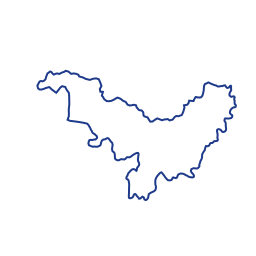 Brest, Brest, Belarus, rotated 105°
{"feature_id": "67162791B30498032594927", "entity_name": "Brest", "entity_type": "district", "adm_level": 2, "iso_a3": "BLR", "parent_name": "Belarus", "parent_adm1": "Brest", "projection": "robinson", "projection_center": [23.755, 51.901], "detail": "fine", "context": "isolated", "style": "outline", "palette": "blue", "viewbox_px": 256, "rotation_deg": 105, "n_neighbors": 0, "source": "geoboundaries", "source_scale": "gbopen_adm2", "svg_char_len": 5764}
<svg xmlns="http://www.w3.org/2000/svg" viewBox="0 0 256 256"><g transform="rotate(105 128 128)"><path d="M193.4,99.0L193.0,98.0L192.4,97.5L191.4,96.9L190.6,96.3L190.8,95.4L191.1,94.7L191.8,94.3L192.8,93.6L193.0,92.4L192.7,91.7L191.9,91.1L190.6,90.6L189.9,90.5L188.1,90.7L186.5,90.8L185.6,90.1L184.8,89.4L184.3,88.8L183.4,87.8L183.0,87.2L182.0,86.3L181.1,85.6L180.2,85.5L179.1,85.5L177.4,85.8L175.5,86.9L174.1,87.4L172.5,87.8L171.2,88.1L168.9,87.9L167.1,87.4L165.4,86.6L163.9,85.9L162.9,85.2L162.2,84.3L162.7,83.3L163.4,82.5L164.0,81.6L164.7,80.7L165.5,79.8L166.4,78.7L167.2,77.5L168.0,76.1L168.0,75.2L167.8,74.2L167.3,73.0L166.6,72.4L165.5,72.0L164.4,72.0L164.0,71.4L164.1,70.7L164.0,69.7L164.0,68.7L163.3,68.0L162.6,67.8L161.0,67.7L159.7,67.2L159.0,66.3L158.3,65.3L158.0,63.7L158.0,62.4L158.1,61.4L158.6,60.2L158.6,59.0L159.0,57.9L159.3,57.0L159.4,55.6L159.4,54.9L159.2,53.9L159.2,53.3L158.6,52.2L158.1,51.8L157.4,51.8L156.6,52.2L155.7,53.2L155.2,54.0L154.8,54.6L153.9,55.7L153.2,56.2L151.3,56.1L150.4,55.0L149.8,54.1L149.7,53.2L149.6,52.6L149.5,51.8L149.2,50.9L148.9,50.4L147.7,49.5L146.6,49.1L145.5,49.6L143.9,49.5L142.9,49.5L141.1,49.4L140.5,49.3L139.1,48.9L138.0,48.9L136.6,49.0L135.6,49.3L134.5,49.5L133.5,49.4L132.0,49.0L131.1,48.7L129.9,48.2L129.0,48.2L128.1,48.2L126.5,48.2L125.3,48.0L125.1,47.1L124.9,46.2L124.5,45.6L123.8,45.1L123.3,45.0L121.5,44.6L121.1,44.2L120.9,43.5L120.6,42.7L119.8,42.0L118.8,41.7L118.3,41.1L118.1,40.3L117.8,39.5L117.2,38.4L116.3,38.1L115.4,38.5L114.4,39.1L113.4,39.3L112.5,39.4L111.0,39.8L110.2,40.1L109.5,40.5L108.6,41.0L107.5,41.3L106.7,41.4L106.1,40.9L105.7,40.4L105.6,39.0L105.8,38.0L106.2,37.4L107.1,36.3L107.3,35.2L106.9,34.3L106.0,33.3L104.7,32.9L103.8,32.9L102.4,33.4L101.3,33.9L100.4,34.2L99.6,34.4L98.5,34.7L97.9,35.0L96.9,35.7L96.1,36.7L94.6,36.9L93.6,36.6L93.4,35.8L93.1,34.4L92.9,33.4L92.7,32.9L91.6,30.8L90.4,30.3L89.6,30.3L88.9,30.5L88.5,31.0L88.3,31.9L87.8,32.7L87.2,33.3L86.7,33.6L85.4,33.7L84.5,33.7L83.3,33.3L82.5,32.9L81.9,32.5L81.0,31.6L80.5,30.8L80.2,30.0L79.6,29.5L78.5,29.6L77.6,30.2L77.3,31.0L75.9,31.7L75.1,31.8L74.1,32.0L73.2,32.7L72.6,32.9L71.6,32.9L70.7,32.9L70.0,34.0L70.4,35.0L71.2,36.3L70.9,37.2L70.4,38.2L69.3,38.8L67.7,38.8L66.4,38.6L65.2,38.1L64.6,38.2L63.7,38.4L63.0,38.9L62.2,39.0L61.2,39.1L60.6,39.6L60.9,40.3L61.8,40.6L62.9,41.2L63.6,42.4L63.5,43.0L62.6,44.2L61.7,45.3L62.0,46.3L62.7,47.1L63.2,47.9L63.3,48.8L63.9,49.9L64.5,51.2L64.6,52.2L64.1,54.0L64.2,55.1L63.9,58.2L63.2,62.2L64.7,63.8L65.7,65.1L67.5,65.4L70.2,65.0L71.9,64.6L73.8,64.5L76.1,64.4L77.8,64.6L79.4,65.4L80.1,66.6L80.1,67.6L80.6,69.1L80.4,69.8L80.6,70.7L82.4,71.3L85.0,71.7L85.8,76.0L88.4,76.0L90.2,76.8L91.6,79.8L93.4,78.8L98.1,78.8L101.5,79.4L103.6,82.3L103.9,84.5L105.4,85.8L108.3,87.0L109.9,89.8L109.1,91.9L110.5,95.3L111.7,97.2L111.4,99.7L111.2,102.3L113.0,104.0L115.4,106.0L116.1,108.1L114.4,110.1L112.7,111.8L112.5,115.3L111.9,116.2L108.8,117.4L107.5,119.4L107.8,121.0L107.7,122.3L105.6,125.2L104.0,126.1L104.0,128.2L105.1,130.4L105.8,132.0L105.6,134.5L104.3,135.9L103.4,137.0L102.9,140.3L102.1,141.7L101.6,143.5L101.3,145.9L102.3,147.1L104.4,149.1L106.0,151.0L107.1,153.5L107.5,155.6L106.3,158.5L104.4,160.2L103.6,161.6L99.6,161.6L100.1,164.1L97.5,165.3L94.3,164.5L91.2,166.6L88.5,168.8L88.3,171.5L89.3,174.2L90.1,175.4L91.4,177.3L91.5,181.7L90.9,184.1L90.8,188.6L89.4,189.7L89.1,191.9L89.3,194.4L90.4,196.9L88.9,200.2L88.9,203.0L90.3,204.2L91.6,206.2L93.6,208.4L93.6,210.4L94.3,211.9L95.6,213.4L95.0,214.9L93.8,216.4L93.6,217.9L95.3,219.1L96.1,219.9L99.7,220.3L102.2,220.3L103.9,221.2L105.1,222.7L105.1,224.3L106.1,225.5L110.5,226.5L113.0,225.1L113.7,223.4L113.2,221.4L111.6,218.9L110.8,217.9L108.9,214.8L109.3,213.6L110.5,211.7L111.1,210.0L112.0,207.9L112.5,206.4L109.3,205.0L106.6,203.9L104.7,202.5L104.6,199.3L106.9,197.2L109.3,194.3L112.0,193.2L120.4,190.8L125.5,190.0L128.8,189.0L132.0,188.2L135.7,188.5L136.1,185.9L135.7,183.2L135.4,181.0L135.1,178.6L134.8,175.7L134.6,173.7L134.4,170.8L134.4,168.5L135.3,167.0L136.5,165.9L137.3,164.9L139.1,163.5L140.2,162.3L141.4,161.4L142.1,160.4L142.3,159.6L142.6,158.5L143.3,157.5L143.7,156.3L144.9,155.5L145.7,155.4L146.7,155.9L147.5,156.5L147.9,157.7L148.5,158.8L148.9,159.6L149.1,161.0L149.7,162.1L150.9,162.4L153.0,162.3L154.7,161.3L155.0,159.7L155.2,158.2L155.1,156.8L154.7,156.0L154.4,154.3L154.1,152.9L153.7,152.3L153.3,151.8L153.0,151.3L152.0,150.3L151.0,150.1L149.0,150.2L147.0,150.0L145.5,148.8L144.8,147.1L144.0,146.4L143.5,145.9L143.0,145.0L143.3,144.0L143.8,143.1L144.5,142.4L145.0,141.7L145.7,140.8L146.2,139.9L146.5,139.4L147.4,138.9L148.1,138.5L149.3,138.4L150.5,138.2L152.0,138.1L153.8,137.4L154.5,136.8L154.8,136.1L155.2,135.1L155.6,134.7L156.5,134.2L157.6,133.7L158.9,133.3L160.1,132.9L161.1,132.4L161.7,131.1L161.9,129.9L161.7,129.0L161.4,128.3L160.3,127.2L159.8,126.4L159.7,125.3L159.4,123.9L159.3,123.3L158.5,122.5L157.6,122.1L156.8,121.7L156.3,120.8L156.1,119.8L156.0,119.1L155.3,118.2L153.9,117.1L152.6,116.0L151.2,114.7L150.6,114.0L150.1,113.4L149.6,112.5L149.5,111.8L150.2,111.1L151.4,110.9L152.3,110.8L154.3,110.5L155.7,110.3L157.3,109.7L158.2,108.9L159.2,108.2L160.3,107.7L161.2,107.7L163.0,108.4L163.9,108.8L164.9,108.9L165.5,108.8L166.0,108.7L166.7,108.6L167.2,108.9L166.8,109.5L166.5,110.4L166.3,111.0L166.2,111.7L166.5,112.6L167.1,113.4L168.1,114.1L168.9,114.6L170.0,115.1L171.4,115.9L173.0,116.2L174.0,116.2L175.5,116.7L176.6,116.7L177.5,116.2L177.7,115.1L178.2,114.2L179.2,113.5L180.5,112.9L182.4,112.2L185.0,111.6L187.5,111.0L189.0,110.6L190.5,110.2L191.7,110.0L192.9,109.7L193.8,109.5L195.1,109.0L195.4,108.4L195.2,107.4L194.8,106.8L193.9,105.7L192.5,105.2L191.6,105.2L190.4,104.8L189.9,104.1L190.3,103.0L191.0,102.3L191.4,101.8L191.8,101.1L192.4,100.3L193.2,99.1L193.4,99.0Z" fill="none" stroke="#1e3a8a" stroke-width="2"/></g></svg>